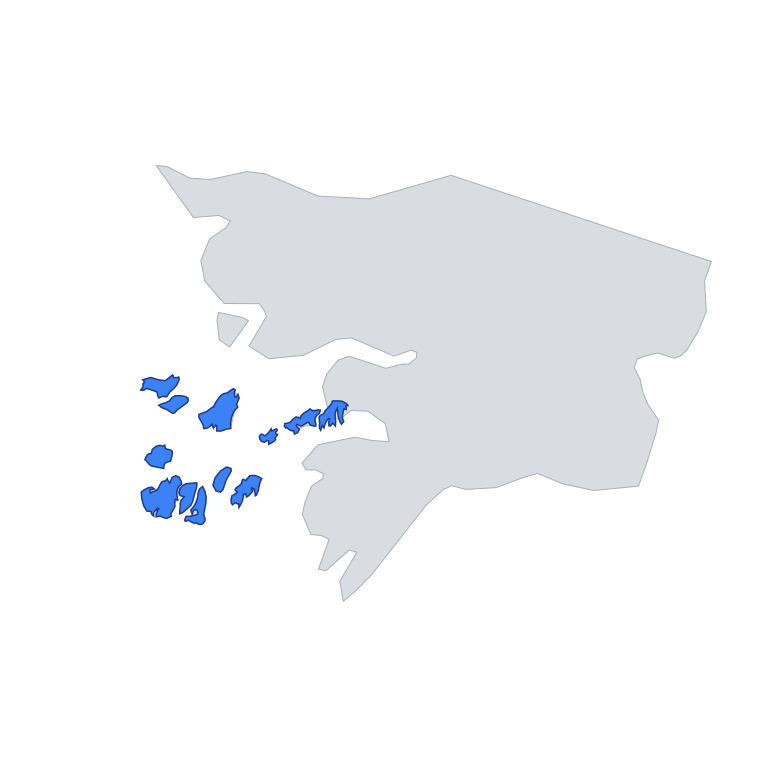 Bolama on a map of Guinea-Bissau (Equal Earth projection), rotated 18°
{"feature_id": "GNB-770", "entity_name": "Bolama", "entity_type": "Region", "adm_level": 1, "iso_a3": "GNB", "parent_name": "Guinea-Bissau", "parent_adm1": "", "projection": "equal_earth", "projection_center": [-15.897, 11.361], "detail": "fine", "context": "in_parent", "style": "filled", "palette": "blue", "viewbox_px": 768, "rotation_deg": 18, "n_neighbors": 0, "source": "natural_earth", "source_scale": "10m", "svg_char_len": 7219}
<svg xmlns="http://www.w3.org/2000/svg" viewBox="0 0 768 768"><g transform="rotate(18 384 384)"><path d="M99.9,246.6L110.2,244.2L135.5,248.2L155.2,243.4L169.0,235.4L187.9,224.4L206.1,220.8L263.1,225.7L312.6,212.5L349.4,187.7L383.3,164.8L427.4,165.1L474.5,165.3L541.6,165.7L594.8,166.0L657.5,166.3L657.0,186.7L668.1,215.5L666.5,236.9L661.8,257.2L657.7,265.3L652.1,269.9L635.3,269.7L628.2,273.8L617.1,281.8L616.8,291.1L625.8,300.0L633.1,312.5L641.7,322.2L656.4,333.5L657.8,346.1L658.3,377.7L657.6,402.5L616.3,420.5L584.7,423.7L557.8,421.6L546.2,429.2L522.9,447.8L494.4,459.0L479.7,459.8L472.7,466.5L461.7,485.8L430.9,569.9L420.7,590.0L412.4,603.2L402.9,585.3L410.2,552.3L402.3,552.7L386.5,579.4L378.8,580.3L379.8,548.7L371.1,547.5L360.9,549.7L346.7,533.3L345.3,520.9L346.5,503.7L355.1,492.7L353.9,488.1L345.6,486.8L336.2,489.8L330.5,484.6L340.0,462.2L373.0,443.5L389.6,441.5L406.7,437.3L397.4,421.2L377.1,414.9L361.0,419.3L352.9,431.0L343.0,432.9L326.3,405.6L326.6,391.8L332.8,375.6L342.4,368.3L380.8,368.5L395.3,359.3L401.2,357.6L406.7,349.3L405.6,343.8L399.3,343.5L385.0,354.3L338.8,350.2L324.1,356.7L298.4,381.7L266.8,395.5L243.9,389.7L251.2,356.2L248.0,351.6L240.7,346.1L207.1,356.8L181.7,341.5L171.6,323.0L173.4,299.8L185.4,284.1L187.3,276.3L174.6,274.8L151.3,284.6L99.9,246.6ZM211.5,573.1L196.5,576.8L189.7,564.3L188.7,559.5L196.5,555.2L200.0,555.1L206.0,546.0L213.4,539.9L216.6,537.9L220.4,538.3L223.1,558.4L219.5,566.9L211.5,573.1ZM251.4,470.6L242.6,478.5L233.5,474.8L228.7,467.7L229.4,455.1L239.7,437.2L248.9,439.5L251.4,470.6ZM235.6,365.7L225.8,396.5L213.8,393.1L205.4,374.8L204.5,367.0L228.9,364.5L235.6,365.7ZM284.5,533.7L284.5,544.0L276.6,542.1L274.3,539.0L279.0,520.3L285.9,511.9L294.5,513.3L297.0,515.8L295.4,523.0L291.6,529.0L284.5,533.7ZM316.7,452.6L314.9,458.5L304.3,453.5L319.8,432.3L329.9,428.6L329.6,444.9L321.8,448.4L316.7,452.6ZM252.5,567.3L250.8,574.3L239.8,573.2L242.3,566.1L239.8,564.0L243.0,542.7L244.7,539.4L250.0,547.4L250.8,550.6L252.5,567.3Z" fill="#d9dde1" stroke="#a8b0b8" stroke-width="1"/><path d="M223.8,558.2L221.2,558.2L221.2,560.1L223.0,565.0L222.3,569.6L221.3,573.3L222.6,575.6L218.7,579.0L215.4,579.2L212.1,578.8L208.3,580.8L207.6,578.6L207.4,576.5L207.6,574.4L208.3,572.0L207.1,572.0L204.6,577.3L205.8,580.8L203.5,579.8L202.8,579.1L202.0,577.3L197.7,578.1L193.1,574.1L189.0,567.7L186.5,561.7L189.0,558.3L192.0,555.4L195.2,553.8L198.0,554.8L195.5,556.2L194.3,556.5L194.5,557.6L194.7,558.4L195.0,559.1L195.6,560.1L197.2,557.9L199.4,556.6L201.2,554.7L202.7,546.1L204.2,544.6L206.0,543.7L207.1,541.0L208.0,542.3L210.9,544.4L211.4,538.3L214.3,535.5L218.0,536.0L221.2,539.4L222.4,541.3L221.8,542.8L220.7,544.4L220.0,547.0L220.3,550.8L221.1,553.1L223.8,558.2ZM228.9,458.9L229.4,454.7L230.9,449.3L232.8,444.6L234.7,442.6L237.7,440.9L242.0,435.0L244.3,435.5L244.6,439.5L246.0,442.1L247.5,442.3L248.3,439.0L250.6,442.2L250.0,448.9L252.1,451.2L249.8,456.2L249.2,462.4L250.1,468.5L252.1,473.7L248.4,475.4L243.6,479.1L239.4,480.4L237.9,475.3L236.5,475.3L236.3,476.4L235.7,477.7L235.4,478.8L234.8,477.9L233.4,476.2L232.8,475.3L231.7,478.0L230.0,480.0L228.2,481.4L226.4,482.1L224.6,478.8L218.2,472.8L217.4,470.1L223.9,464.9L228.1,458.9L228.9,458.9ZM181.4,463.1L180.2,463.7L178.3,463.7L176.4,464.9L175.6,465.3L175.0,466.3L174.2,466.9L173.1,465.9L170.7,462.2L169.9,461.5L169.5,461.6L159.7,461.5L158.0,463.5L156.5,464.7L154.4,464.9L155.0,463.2L155.8,461.5L154.7,458.3L154.9,457.6L155.8,456.3L154.0,454.9L153.2,454.6L160.1,449.9L167.9,449.7L175.0,448.5L180.0,440.8L180.9,441.2L181.1,441.3L181.1,441.6L181.4,442.6L182.8,442.6L184.2,442.3L185.5,441.7L186.6,440.8L187.2,441.6L187.6,442.3L187.8,444.3L187.2,448.8L185.8,452.5L182.7,458.0L182.0,460.2L181.8,461.7L181.4,463.1ZM297.0,511.7L296.4,516.3L297.4,524.6L297.0,529.1L296.1,530.1L294.9,527.2L293.2,524.0L290.5,523.6L290.5,525.5L291.9,525.5L291.9,527.2L290.5,530.6L289.5,532.4L288.1,534.0L287.0,532.0L286.5,531.3L284.2,532.4L285.2,535.1L285.4,538.7L285.0,542.7L284.2,546.2L283.8,545.1L283.2,543.9L282.8,542.9L281.7,543.0L281.3,543.2L280.9,543.2L280.3,542.9L279.1,542.9L277.3,545.7L275.5,544.4L274.2,541.0L273.9,537.5L275.2,535.9L277.3,534.0L278.1,532.1L275.1,530.7L275.1,529.1L279.1,523.6L279.3,522.5L278.9,519.5L279.1,518.5L280.0,518.2L281.3,518.5L282.4,518.6L282.8,517.7L284.8,512.6L289.3,510.9L294.1,511.1L297.0,511.7ZM356.4,415.9L354.7,416.6L356.0,420.0L353.5,420.0L354.2,426.6L355.1,429.5L357.3,432.1L356.0,435.5L353.2,432.9L350.7,429.3L347.0,421.7L346.4,426.2L347.7,430.4L349.6,434.5L350.8,439.0L349.9,438.4L347.0,437.2L346.1,440.6L344.5,440.7L343.2,438.1L343.1,433.8L341.9,433.8L341.1,436.1L340.5,438.7L340.3,441.4L340.5,444.3L338.8,443.2L338.1,442.6L338.1,447.6L336.2,445.9L335.5,443.6L334.9,441.0L333.5,438.1L332.5,435.3L333.3,433.3L335.5,431.3L336.4,427.5L338.3,423.6L340.1,419.0L340.2,416.5L340.3,416.5L340.8,415.8L347.2,413.8L349.8,413.4L350.8,413.5L354.2,414.3L356.3,415.4L356.4,415.9ZM200.6,532.4L188.3,533.8L185.9,533.2L180.9,530.0L180.0,529.9L180.2,526.9L180.9,524.4L182.2,522.7L184.1,522.1L183.8,517.8L186.4,513.8L190.0,511.4L192.9,511.7L194.3,509.8L196.0,512.8L198.1,513.1L200.6,512.6L203.3,513.3L204.1,515.1L204.6,518.4L204.8,521.7L204.7,523.6L202.4,524.8L200.6,526.4L199.8,528.7L200.6,532.4ZM243.1,537.5L246.7,541.2L249.6,546.1L251.4,552.2L252.7,563.1L254.0,565.5L255.4,567.3L256.0,569.5L255.0,572.8L252.8,574.4L250.2,574.6L248.3,573.9L246.8,575.1L244.8,575.0L239.9,573.9L239.5,574.5L238.3,575.5L237.1,575.9L236.5,574.7L236.5,572.7L236.6,571.4L237.1,570.7L238.6,570.4L240.5,569.8L245.8,566.5L246.9,565.3L246.0,562.4L243.9,561.5L242.0,562.9L241.8,567.0L240.4,565.3L239.2,563.4L240.9,559.6L241.7,556.7L241.9,553.7L241.8,549.8L240.8,544.1L241.0,540.8L243.1,537.5ZM331.6,428.6L331.5,432.1L329.5,435.0L329.0,438.1L330.0,440.9L331.8,443.4L332.0,445.3L328.4,446.0L326.0,445.5L324.4,443.9L322.7,444.3L322.4,445.0L318.7,449.4L317.8,449.7L313.6,449.4L313.6,451.2L317.6,453.1L316.9,457.0L314.3,459.3L312.5,456.3L310.3,457.1L307.8,456.7L305.7,455.9L304.8,455.4L303.9,456.3L302.3,454.6L301.8,452.3L304.1,451.2L306.6,449.3L308.3,445.5L310.6,442.4L315.0,442.6L315.4,438.7L317.2,435.9L319.6,433.5L321.3,430.5L324.4,431.6L327.3,430.5L329.7,428.9L331.6,428.6ZM237.9,547.9L238.3,555.3L237.8,558.8L235.9,562.5L232.0,568.9L229.8,570.7L228.9,567.8L228.2,563.8L227.1,560.7L226.9,557.4L228.9,553.0L224.6,553.1L222.5,550.6L222.3,546.8L223.8,542.9L226.5,540.0L236.5,535.8L237.3,537.9L237.7,541.3L237.9,547.9ZM185.3,475.3L181.3,475.3L179.1,474.9L176.4,473.7L178.7,471.6L182.1,469.3L185.2,466.3L186.6,462.4L188.7,459.9L193.5,458.1L198.7,457.3L202.0,458.0L202.9,460.6L202.3,462.9L196.7,470.8L195.6,472.0L195.0,473.1L194.5,474.5L193.9,475.9L192.9,477.0L191.3,477.1L185.3,475.3ZM259.8,511.7L264.6,511.6L265.6,514.2L263.6,523.6L263.5,534.1L261.8,537.4L257.1,537.5L252.5,533.0L252.4,525.3L255.4,517.3L259.8,511.7ZM295.7,463.4L296.1,463.9L296.4,464.6L297.1,465.1L298.3,464.9L298.1,466.1L297.9,466.9L297.0,468.5L298.1,470.5L297.2,472.5L293.0,477.0L292.1,474.6L291.9,473.7L290.5,473.7L288.3,476.4L285.3,476.4L282.6,474.6L281.6,472.0L282.6,469.7L284.1,469.4L285.7,470.0L286.6,470.1L288.1,468.2L289.1,466.1L289.9,463.9L290.5,461.5L291.9,463.4L292.9,462.3L295.7,459.8L296.7,460.8L296.7,461.5L295.7,463.4Z" fill="#3b82f6" stroke="#1e3a8a" stroke-width="1.5"/></g></svg>